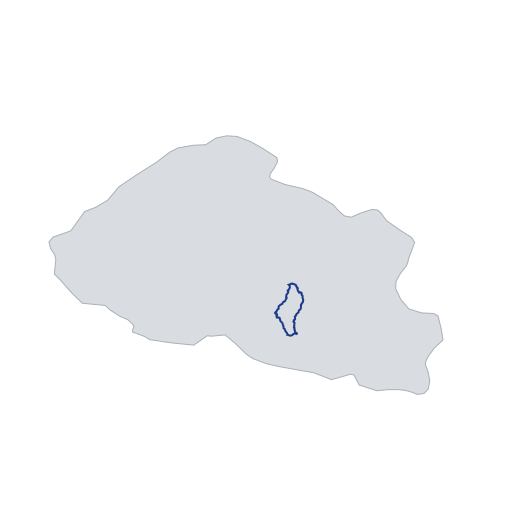 Nangkor, Shemgang, Bhutan shown in context, rotated 16°
{"feature_id": "84629894B93769975990256", "entity_name": "Nangkor", "entity_type": "district", "adm_level": 2, "iso_a3": "BTN", "parent_name": "Bhutan", "parent_adm1": "Shemgang", "projection": "orthographic", "projection_center": [90.802, 27.203], "detail": "fine", "context": "in_parent", "style": "outline", "palette": "blue", "viewbox_px": 512, "rotation_deg": 16, "n_neighbors": 0, "source": "geoboundaries", "source_scale": "gbopen_adm2", "svg_char_len": 6442}
<svg xmlns="http://www.w3.org/2000/svg" viewBox="0 0 512 512"><g transform="rotate(16 256 256)"><path d="M403.7,221.5L403.0,224.6L399.7,232.8L397.5,241.8L399.4,249.1L407.1,257.8L417.5,264.7L430.6,265.1L442.6,262.3L447.5,263.4L454.1,275.0L458.9,285.1L452.7,295.5L449.3,304.7L448.1,311.2L448.9,314.0L452.9,319.2L457.5,328.1L458.2,336.4L455.4,341.8L449.2,344.6L442.5,343.9L437.0,344.0L430.1,345.1L419.4,348.2L409.4,352.2L390.7,351.6L383.1,343.5L379.6,343.5L362.5,354.1L343.9,352.3L310.1,355.8L295.9,356.7L281.4,355.5L274.0,353.2L260.4,345.8L248.0,340.4L235.4,345.3L231.0,346.2L220.8,358.8L198.8,362.8L177.0,365.7L170.5,364.0L158.2,363.1L157.8,360.2L158.2,357.3L155.4,355.0L150.4,352.6L141.9,351.5L130.9,348.2L124.6,345.1L102.1,349.3L89.2,342.4L74.5,333.0L67.1,328.9L64.6,314.7L62.0,310.1L56.3,305.2L53.1,299.5L55.8,293.7L70.7,283.1L71.9,280.6L79.0,260.5L88.6,253.3L98.0,243.3L105.2,227.2L119.0,210.7L134.1,193.8L144.4,180.0L151.3,173.6L165.3,166.8L177.0,162.9L185.1,153.6L194.9,148.5L204.9,146.3L219.7,147.6L233.7,151.0L249.0,155.7L250.7,159.4L249.4,166.0L247.2,172.7L247.1,176.1L249.4,178.0L264.4,179.3L282.8,178.3L293.1,179.3L316.1,185.4L322.9,189.8L329.9,193.1L336.7,192.5L345.4,185.4L354.6,179.3L360.2,178.3L364.3,180.2L371.6,186.0L386.8,191.3L400.4,195.3L404.8,199.2L403.4,215.9L403.7,221.5Z" fill="#d9dde1" stroke="#a8b0b8" stroke-width="1"/><path d="M316.7,319.5L316.5,319.3L316.4,319.0L316.2,319.0L315.9,318.8L315.6,319.0L315.4,319.0L315.3,318.8L315.2,318.7L314.8,318.6L314.7,318.6L314.5,318.3L314.4,318.2L314.4,317.7L314.2,317.4L314.0,317.2L313.9,317.0L313.7,316.8L313.5,316.6L313.4,316.5L313.4,316.3L313.4,316.2L313.2,315.9L313.3,315.7L313.2,315.6L313.1,315.3L313.0,315.2L312.9,315.1L312.7,314.9L312.7,314.7L312.2,314.4L312.2,314.0L312.2,313.8L312.3,313.7L312.2,313.6L312.2,313.4L312.0,313.2L312.0,312.9L311.9,312.6L312.0,312.3L311.9,312.0L311.7,311.7L311.7,311.4L311.6,311.1L311.6,310.8L311.6,310.3L311.6,310.2L311.6,309.9L311.4,309.6L311.1,309.3L311.0,309.2L310.8,309.1L310.5,309.1L310.4,309.1L310.1,308.9L310.0,308.7L310.1,308.2L310.3,307.9L310.5,307.3L310.3,307.1L310.2,307.0L310.4,306.7L310.8,306.4L310.9,306.2L310.9,305.7L310.8,305.4L310.8,305.2L310.6,304.9L310.5,304.7L310.4,304.5L310.4,304.4L310.3,304.2L310.2,303.9L310.0,303.5L310.1,303.3L310.3,303.1L310.4,302.9L310.6,302.7L310.8,302.4L310.7,302.3L310.6,302.1L310.7,301.9L310.8,301.3L310.9,300.8L311.1,300.5L311.2,300.2L311.3,300.0L311.5,299.9L311.7,299.4L312.0,299.0L312.3,298.7L312.4,298.2L312.4,297.9L312.2,297.2L312.2,296.9L312.2,296.6L312.3,296.4L312.4,296.2L312.7,295.9L313.2,295.3L313.4,294.9L313.5,294.8L313.5,294.4L313.4,293.7L313.3,293.3L313.3,292.9L313.2,292.1L313.0,291.4L313.0,291.2L312.7,290.9L312.6,290.7L312.7,290.3L312.7,290.2L312.9,289.8L313.0,289.5L313.1,289.4L313.0,289.1L313.1,288.9L313.2,288.5L313.5,288.2L313.5,287.8L313.6,287.5L313.7,287.4L313.8,287.0L313.7,286.8L313.7,286.7L313.7,286.4L313.5,286.0L313.5,285.4L313.4,285.3L313.4,285.0L313.3,284.8L313.3,284.7L313.2,284.6L313.0,284.4L312.9,284.2L312.7,283.9L312.4,283.6L312.3,283.4L312.1,283.1L312.1,282.3L311.8,281.9L311.7,281.7L311.6,281.3L311.4,281.3L311.2,281.1L310.9,281.0L310.7,280.9L310.5,280.6L310.4,280.5L310.3,280.4L310.2,280.1L310.2,279.8L310.3,279.6L310.1,279.2L309.9,279.1L309.8,278.9L309.7,278.7L309.0,278.8L308.8,278.8L308.3,278.7L308.2,278.8L307.9,279.2L307.7,279.2L307.6,279.3L307.3,279.3L307.1,278.9L307.0,278.7L306.8,278.4L306.5,278.2L306.2,278.0L306.0,277.9L305.9,277.9L305.5,277.1L305.3,276.9L305.1,276.8L305.0,276.5L304.9,276.3L304.7,275.9L304.9,275.7L305.0,275.5L304.8,275.4L304.5,275.2L304.4,274.8L304.0,274.7L303.7,274.7L303.3,274.3L303.0,273.8L302.8,273.7L302.8,273.4L302.7,273.2L302.3,273.0L302.2,272.9L301.9,272.7L301.6,272.7L301.4,272.8L301.1,272.8L300.7,272.7L300.1,272.5L299.7,272.6L299.2,272.5L298.8,272.7L298.6,272.5L298.3,272.7L297.5,272.9L297.3,273.0L297.0,273.2L296.9,273.4L296.8,273.7L296.5,273.9L296.6,274.0L296.2,274.4L295.5,274.7L296.4,275.3L296.7,275.6L296.9,275.8L297.1,276.6L297.1,276.8L297.1,277.0L297.2,277.5L297.1,277.8L297.1,278.2L296.9,278.5L296.9,278.8L296.9,279.3L296.7,279.6L296.4,279.7L296.2,280.0L296.0,280.3L296.0,280.5L296.1,280.9L296.7,281.2L296.8,281.3L296.9,281.5L296.9,281.9L296.9,282.1L296.8,282.8L296.8,283.0L296.7,283.1L296.4,283.8L296.0,284.3L296.0,284.5L296.1,284.9L296.1,285.0L296.0,285.9L296.0,286.0L296.1,286.3L296.2,286.5L296.3,286.6L296.3,287.2L296.3,287.3L296.9,287.5L297.0,287.7L297.0,288.3L296.9,288.5L296.8,288.8L296.7,289.0L296.7,289.3L296.5,290.0L296.5,290.3L296.5,290.6L296.5,291.0L296.4,291.1L296.3,291.3L296.0,291.7L295.8,292.1L295.7,292.2L295.1,292.4L294.9,292.6L294.8,293.0L294.6,293.3L294.6,293.5L294.5,294.1L294.5,294.4L294.5,294.6L294.5,294.8L294.2,295.1L293.6,295.5L293.2,295.9L292.8,296.2L292.6,296.8L292.4,297.2L292.2,297.4L292.0,297.5L291.7,298.1L291.7,298.4L291.7,298.6L291.8,299.2L291.9,299.5L292.2,299.9L292.3,300.4L292.3,300.5L292.2,300.7L291.9,300.8L291.8,301.0L291.7,301.2L291.4,301.6L291.3,301.8L291.2,302.0L291.0,302.4L291.1,302.8L291.1,303.4L291.0,303.7L290.9,303.8L290.4,304.3L290.2,304.8L290.2,305.0L290.1,305.4L290.0,305.6L290.2,305.8L290.4,305.9L290.5,305.9L290.7,305.4L290.9,305.2L291.1,305.3L291.7,305.8L292.0,306.2L292.3,306.4L292.4,306.5L292.0,307.0L292.0,307.4L292.2,307.5L292.5,307.7L292.5,308.0L292.4,308.3L292.4,308.5L292.7,308.9L292.8,309.1L292.9,309.3L293.0,309.4L293.2,309.5L293.3,309.5L293.9,309.0L294.1,308.9L294.3,308.8L295.0,308.8L295.3,308.9L295.7,309.2L295.8,309.2L295.8,309.5L296.2,309.9L296.4,310.0L296.7,310.4L296.7,310.7L296.8,310.8L297.0,311.1L297.3,311.4L297.3,311.6L297.6,312.0L297.9,312.1L298.1,312.2L298.5,312.4L299.1,312.7L299.5,312.9L299.8,313.2L299.9,313.4L300.3,313.7L300.6,314.4L300.8,314.9L300.9,315.1L301.1,315.2L301.3,315.3L301.6,315.6L301.8,315.9L301.9,316.4L302.0,316.7L302.1,317.0L302.4,317.5L302.5,317.9L303.3,318.1L303.6,318.4L303.9,318.5L304.2,319.0L304.8,319.7L305.1,320.2L305.3,320.4L305.7,320.5L305.8,320.7L306.2,321.0L306.5,321.2L306.9,321.4L307.1,321.7L307.3,322.0L307.6,322.4L307.9,322.7L308.0,322.9L308.0,323.0L308.2,322.9L308.3,322.8L308.5,322.9L308.6,323.0L309.3,323.1L309.5,323.1L309.8,323.1L310.0,323.1L310.4,323.2L310.5,323.1L311.1,323.0L311.3,322.9L311.8,322.7L312.3,322.3L312.5,322.3L312.8,322.0L313.0,321.4L313.2,321.0L313.5,320.6L313.7,320.4L313.8,320.3L314.1,320.2L314.4,319.9L314.6,319.8L314.9,319.7L315.1,319.7L315.3,319.7L315.9,319.8L316.1,319.8L316.4,319.8L316.6,319.6L316.7,319.5Z" fill="none" stroke="#1e3a8a" stroke-width="2"/></g></svg>